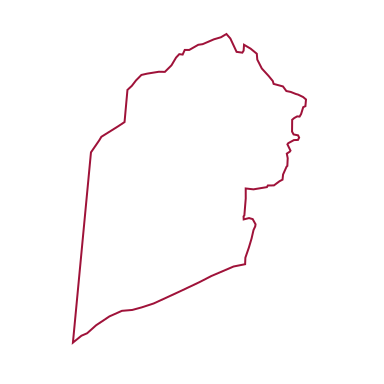 outline of Tanout, Zinder, Niger, rotated 185°
{"feature_id": "23599985B69081741011402", "entity_name": "Tanout", "entity_type": "district", "adm_level": 2, "iso_a3": "NER", "parent_name": "Niger", "parent_adm1": "Zinder", "projection": "natural_earth1", "projection_center": [8.581, 15.143], "detail": "fine", "context": "isolated", "style": "outline", "palette": "rose", "viewbox_px": 384, "rotation_deg": 185, "n_neighbors": 0, "source": "geoboundaries", "source_scale": "gbopen_adm2", "svg_char_len": 1322}
<svg xmlns="http://www.w3.org/2000/svg" viewBox="0 0 384 384"><g transform="rotate(185 192 192)"><path d="M94.9,298.3L97.1,298.7L102.4,300.3L106.8,300.8L110.6,305.1L120.1,306.8L121.2,309.6L125.9,314.4L133.2,321.1L138.5,329.6L139.5,335.4L146.1,339.9L153.0,343.2L152.9,337.3L154.0,335.2L159.8,335.5L167.2,348.3L171.5,352.4L176.6,348.7L183.5,346.0L194.3,340.2L198.6,339.2L207.1,333.3L211.6,332.9L213.3,328.1L216.7,328.2L219.6,324.5L223.5,316.4L229.5,309.3L235.5,308.9L247.0,306.0L252.6,304.2L257.5,298.3L261.2,292.5L265.2,288.1L265.3,255.8L271.2,251.1L287.1,239.1L288.9,235.4L296.1,222.7L296.2,209.5L297.5,31.6L289.6,39.2L284.2,42.1L275.9,50.9L263.4,60.9L251.5,67.5L241.2,69.3L232.0,72.7L220.5,77.6L197.0,91.0L176.8,102.8L165.4,110.0L144.1,121.4L132.8,124.7L133.1,131.2L130.5,141.6L128.6,150.9L127.4,159.5L126.0,163.3L125.9,165.4L129.2,170.3L132.9,171.0L138.1,169.2L138.5,172.2L137.8,173.3L137.9,190.2L138.8,200.2L131.0,200.0L117.8,203.4L117.0,205.1L111.0,205.7L105.7,210.4L102.9,212.2L102.8,217.4L100.0,225.5L99.3,226.3L99.6,234.0L100.9,238.5L98.1,240.7L97.5,241.8L101.1,247.8L100.4,249.0L95.0,252.6L91.0,253.1L90.0,255.5L91.3,257.7L95.8,258.2L97.6,260.9L98.5,272.7L96.6,274.6L93.8,276.5L91.4,276.5L90.1,279.2L88.6,286.2L86.5,287.4L86.5,294.1L89.6,296.3L94.9,298.3Z" fill="none" stroke="#9f1239" stroke-width="2"/></g></svg>